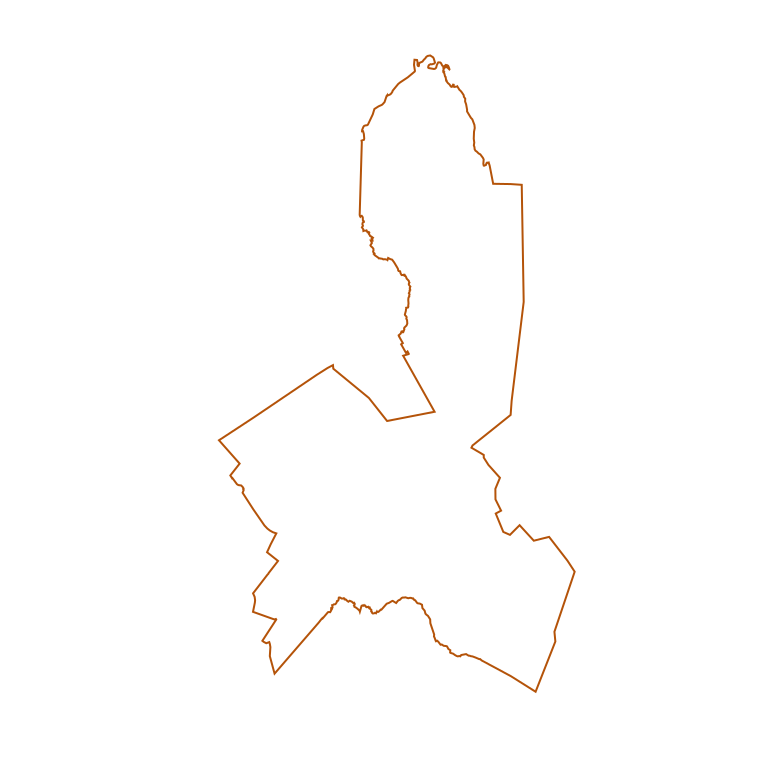 Twenterand, Overijssel, Netherlands (Natural Earth projection), rotated 84°
{"feature_id": "6326949B38031413121416", "entity_name": "Twenterand", "entity_type": "district", "adm_level": 2, "iso_a3": "NLD", "parent_name": "Netherlands", "parent_adm1": "Overijssel", "projection": "natural_earth1", "projection_center": [6.573, 52.439], "detail": "fine", "context": "isolated", "style": "outline", "palette": "amber", "viewbox_px": 768, "rotation_deg": 84, "n_neighbors": 0, "source": "geoboundaries", "source_scale": "gbopen_adm2", "svg_char_len": 6073}
<svg xmlns="http://www.w3.org/2000/svg" viewBox="0 0 768 768"><g transform="rotate(84 384 384)"><path d="M660.6,523.1L614.3,473.7L611.6,471.1L610.4,469.7L610.7,469.5L605.1,463.6L605.0,462.7L605.3,461.4L603.8,460.3L601.8,460.0L602.3,459.3L601.8,459.0L601.0,459.1L600.6,458.5L598.6,458.7L598.6,458.2L597.9,456.9L598.0,455.8L597.5,454.9L596.2,453.9L595.0,453.5L594.9,452.6L593.8,451.7L592.0,451.4L591.6,451.0L591.9,449.8L592.9,448.6L593.1,446.9L592.8,446.3L593.4,445.6L594.2,445.6L594.6,444.1L595.4,443.7L596.8,442.2L596.0,440.8L597.1,438.8L598.6,437.5L598.4,436.6L599.6,436.1L599.8,436.5L601.0,436.6L601.3,437.0L601.9,436.7L602.5,436.7L603.4,435.3L604.7,433.9L606.9,432.0L607.9,431.8L602.4,429.6L601.9,428.7L602.4,427.9L601.8,427.0L602.4,426.6L602.4,425.8L604.0,425.0L604.2,424.5L604.0,423.9L604.2,423.3L604.0,423.0L604.7,422.6L604.5,422.0L604.6,421.6L605.0,421.5L605.8,421.8L606.3,421.1L607.3,420.2L608.8,420.5L609.0,420.0L610.5,419.7L611.1,419.0L610.9,417.2L610.6,416.8L611.2,415.9L609.7,414.9L610.0,414.8L609.8,414.3L610.1,413.7L609.7,412.8L608.0,410.8L608.2,410.2L602.8,404.3L602.2,401.9L600.7,398.7L600.6,398.0L603.1,394.8L601.1,392.9L600.5,391.8L600.5,391.1L598.6,388.7L598.3,387.5L598.5,386.5L598.4,385.0L599.6,382.3L599.4,381.0L599.5,379.7L599.9,378.6L600.4,378.1L600.3,377.4L602.1,376.4L602.3,375.6L605.1,374.0L605.7,373.2L606.1,371.4L607.5,369.3L610.9,369.2L613.6,367.3L616.7,366.8L617.8,366.0L619.2,364.5L622.9,362.7L626.8,362.9L638.4,360.3L640.4,360.7L641.2,360.3L644.9,359.4L645.3,359.2L644.8,358.1L645.9,357.0L649.2,355.0L649.1,353.8L650.6,352.0L651.1,349.6L651.6,348.7L654.2,347.7L655.7,345.9L658.0,346.3L658.4,345.9L659.4,343.5L661.1,341.6L662.2,340.0L662.6,339.0L662.4,337.6L662.8,336.6L661.6,335.5L661.2,330.6L663.0,328.3L663.2,327.1L663.7,326.3L664.2,324.4L665.7,321.4L667.6,318.0L667.6,317.2L669.2,315.7L687.8,288.4L705.9,265.4L658.0,240.5L648.2,240.4L590.6,214.0L578.9,220.0L553.3,235.8L555.5,251.4L538.6,263.9L547.2,274.5L543.6,280.8L524.5,286.4L522.2,280.8L510.4,285.2L499.9,284.2L489.4,278.5L475.4,288.6L467.6,292.5L465.0,292.2L456.5,303.7L454.4,302.4L428.0,261.3L414.0,258.8L317.0,236.5L200.3,226.2L198.4,237.2L196.3,254.5L177.8,256.1L174.9,256.7L175.3,257.2L174.7,257.7L174.6,258.4L175.2,259.1L176.8,259.7L177.4,261.7L177.2,262.0L175.4,262.2L171.1,261.4L169.4,262.0L165.7,264.2L164.6,265.8L162.6,267.4L161.6,268.6L160.1,269.3L157.8,269.3L156.1,269.7L153.3,269.0L149.5,269.1L142.5,268.1L138.9,267.0L135.8,267.0L130.0,268.5L128.3,269.8L121.6,272.9L119.9,272.7L114.4,273.1L111.5,273.8L108.7,273.4L106.8,274.5L105.0,274.6L102.1,276.1L100.3,277.3L99.4,278.2L95.6,280.0L95.8,280.3L95.9,283.2L95.5,283.5L93.7,283.4L93.5,284.0L95.5,285.3L95.6,285.6L95.4,286.1L94.8,286.6L93.0,287.5L91.4,289.0L89.7,290.0L88.8,290.0L88.7,290.5L85.1,290.6L84.7,291.1L81.1,291.6L80.4,292.2L79.8,291.7L79.3,292.4L78.3,292.3L77.9,291.8L76.0,291.9L76.0,290.7L75.1,290.1L75.1,289.2L76.1,287.6L78.0,286.1L77.9,286.0L75.6,286.5L74.2,287.0L73.4,288.1L73.4,288.7L73.1,289.2L74.4,290.9L74.5,291.6L73.4,292.8L70.8,293.8L70.1,294.5L69.8,296.2L69.9,296.6L72.3,298.1L74.9,299.1L75.7,300.1L75.9,300.8L75.9,301.5L74.5,306.4L74.1,306.9L73.7,307.0L72.4,306.6L71.4,305.8L70.8,304.2L71.1,303.1L70.7,301.1L70.5,300.4L69.7,299.7L65.5,300.5L64.3,301.0L62.1,303.7L62.3,306.2L62.7,307.1L63.5,308.2L64.4,308.8L65.6,310.4L67.4,312.1L68.3,315.0L69.3,315.7L71.2,316.0L71.5,316.3L71.2,317.0L70.4,317.3L69.3,317.3L68.4,316.9L65.2,317.3L64.7,319.8L69.8,320.8L75.7,320.5L76.4,320.7L81.5,328.3L85.8,336.5L87.1,338.5L93.2,344.7L94.2,345.1L96.0,346.6L96.9,348.1L97.1,349.1L97.6,350.6L98.1,351.1L97.5,351.0L97.8,351.3L103.7,354.0L105.6,356.1L106.2,357.0L107.3,360.4L109.5,364.8L114.7,367.0L124.4,372.9L124.9,373.9L124.9,375.5L125.2,376.7L125.8,377.4L127.2,378.2L129.1,379.2L130.4,379.4L130.4,378.4L133.3,377.9L137.8,378.0L139.0,378.4L139.6,380.9L141.3,380.8L213.2,390.5L214.3,390.4L215.2,390.0L214.5,389.2L214.4,388.6L215.5,387.9L216.2,387.7L219.0,387.9L220.1,387.0L220.8,387.1L221.1,388.2L222.7,388.8L224.5,388.4L225.9,389.6L227.9,388.5L229.7,388.5L229.4,387.5L229.7,385.7L229.5,385.3L231.5,384.5L231.2,383.3L231.8,382.8L233.3,383.3L234.5,382.6L235.3,382.4L235.9,381.3L237.4,379.7L237.7,380.0L237.5,380.5L237.8,381.1L238.8,381.0L239.5,380.4L240.3,380.4L240.3,380.7L239.8,381.4L239.8,382.2L242.5,381.3L244.6,383.0L245.6,382.6L247.1,381.2L248.4,380.4L250.2,380.5L250.5,380.8L251.3,381.0L252.7,380.4L253.3,380.5L253.2,379.8L253.4,379.7L254.0,380.0L254.8,379.9L257.8,376.5L258.6,375.9L258.5,375.1L258.9,374.3L259.2,372.8L260.0,371.7L259.9,371.0L260.1,369.6L260.7,368.0L261.1,367.6L259.1,366.7L260.4,364.8L261.2,362.9L264.1,361.2L269.7,358.6L271.3,358.0L272.5,358.0L273.2,357.6L273.6,356.2L275.8,355.9L277.5,355.1L277.6,353.5L277.3,352.7L277.5,352.1L278.6,352.2L278.8,351.4L280.0,350.8L281.5,350.5L283.9,348.6L285.0,348.5L285.8,348.1L286.8,348.8L287.7,348.9L288.6,348.5L289.9,347.6L291.3,348.4L291.9,348.2L292.7,348.4L293.2,348.1L293.8,348.8L294.8,348.8L296.3,349.8L297.4,349.2L299.0,349.8L299.7,349.7L300.3,350.4L301.0,350.7L303.1,351.1L306.4,351.2L308.6,351.7L309.6,351.7L310.4,352.1L310.5,353.8L310.8,353.7L311.9,354.3L313.5,354.6L317.1,356.0L317.9,355.8L319.1,354.8L319.9,354.5L321.4,355.0L322.8,354.4L326.3,354.5L328.2,355.5L330.0,357.8L330.7,358.2L331.6,358.0L334.4,359.4L334.6,359.7L334.5,360.1L333.5,360.3L333.6,361.1L335.6,362.1L337.1,364.3L338.0,363.9L338.2,364.1L345.3,361.0L346.3,362.8L355.3,358.9L354.1,357.2L356.6,356.2L356.8,356.3L357.9,362.0L416.9,336.6L421.1,384.8L396.3,400.5L363.5,432.8L359.9,432.8L362.2,438.5L367.9,450.0L403.7,517.1L422.7,554.0L448.1,535.9L458.9,546.4L461.9,544.9L461.7,544.6L468.3,540.7L469.3,539.4L470.0,536.6L472.0,535.1L473.2,534.6L473.7,535.1L474.7,534.6L477.4,536.0L494.8,527.2L512.2,517.7L515.6,515.1L517.8,512.8L519.8,510.0L521.3,506.7L531.5,513.4L539.1,517.9L548.9,507.9L560.1,518.6L560.7,518.9L561.4,519.8L578.5,536.1L582.2,534.9L585.6,534.8L588.0,535.3L596.9,538.1L606.3,518.5L606.7,517.3L606.4,516.1L607.0,515.8L626.7,531.8L627.8,530.7L629.5,528.2L628.7,525.1L630.6,524.7L633.8,524.5L642.7,526.0L660.6,523.1Z" fill="none" stroke="#b45309" stroke-width="2"/></g></svg>